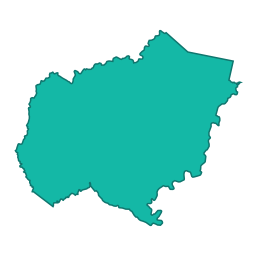 Pesé, Herrera, Panama
{"feature_id": "35544464B3990390948119", "entity_name": "Pesé", "entity_type": "district", "adm_level": 2, "iso_a3": "PAN", "parent_name": "Panama", "parent_adm1": "Herrera", "projection": "robinson", "projection_center": [-80.628, 7.893], "detail": "fine", "context": "isolated", "style": "filled", "palette": "teal", "viewbox_px": 256, "rotation_deg": 0, "n_neighbors": 0, "source": "geoboundaries", "source_scale": "gbopen_adm2", "svg_char_len": 5725}
<svg xmlns="http://www.w3.org/2000/svg" viewBox="0 0 256 256"><path d="M233.2,61.1L187.8,52.0L166.1,32.7L165.2,33.4L164.6,33.4L162.0,31.8L161.0,30.9L160.1,30.6L159.7,30.8L159.5,31.4L159.6,34.2L159.2,35.2L158.0,35.7L155.5,36.0L155.1,36.6L154.9,37.7L154.5,38.5L153.6,39.3L151.5,40.2L149.2,40.4L148.6,41.7L148.1,43.5L148.3,43.9L149.1,44.9L149.2,45.5L149.0,46.0L148.0,46.5L146.0,46.0L145.3,46.2L144.5,47.4L144.3,49.3L144.0,50.2L142.2,51.4L140.1,53.5L139.9,54.3L140.2,55.0L142.3,56.0L142.7,56.4L143.0,57.7L142.5,58.8L141.8,59.1L139.1,58.9L138.7,59.3L138.4,60.4L138.0,61.2L136.0,62.6L134.9,62.6L133.7,62.9L133.3,61.0L132.9,60.2L131.9,59.6L129.8,59.1L129.3,58.8L129.1,58.1L129.5,56.9L129.2,56.3L128.6,55.9L127.1,56.1L125.3,57.8L123.7,58.4L122.5,58.4L121.8,59.2L121.3,59.4L120.6,59.2L116.7,57.1L116.0,57.1L113.4,58.4L113.0,59.7L112.8,61.4L109.0,61.0L107.1,61.4L106.7,61.8L105.9,63.4L103.9,65.1L101.6,65.1L101.0,63.5L99.5,63.0L97.6,64.0L95.8,63.9L94.8,64.4L94.1,65.4L93.2,67.7L92.1,68.1L91.5,69.0L91.0,69.3L88.4,69.4L86.6,68.9L85.7,69.8L84.8,69.0L84.2,69.0L83.0,70.3L81.0,73.4L80.5,73.7L79.7,73.7L78.9,73.3L77.7,71.7L75.4,70.6L74.8,70.6L74.4,71.1L74.2,71.6L75.2,74.2L75.3,75.4L73.2,79.0L73.1,81.2L72.5,82.9L72.1,83.4L71.6,83.6L70.6,83.3L69.1,81.8L68.1,81.5L66.5,80.3L62.5,78.1L59.6,76.1L58.5,75.7L57.8,74.7L57.7,73.8L57.9,73.1L57.7,72.9L56.9,72.9L54.6,73.8L53.8,73.5L52.8,72.2L51.1,73.1L50.0,73.2L49.5,74.5L49.7,76.8L49.5,77.2L47.7,78.2L46.1,78.1L45.7,78.6L44.5,80.7L42.7,81.4L41.8,80.7L41.2,80.8L41.0,81.1L40.6,82.9L40.0,84.1L39.2,84.4L37.5,84.7L36.1,85.6L36.0,86.3L36.4,89.6L36.1,91.2L36.7,93.2L36.0,94.7L35.9,95.3L35.0,96.4L34.1,98.0L32.1,97.7L30.9,98.3L30.6,98.8L30.7,100.2L30.4,101.4L30.0,102.6L29.0,104.1L30.0,105.7L30.4,106.9L30.0,107.4L28.8,107.7L28.5,108.5L29.1,111.6L28.9,114.1L29.4,116.4L29.3,118.7L28.2,122.8L26.6,125.4L26.9,126.1L27.7,126.6L27.4,127.6L27.5,128.1L28.5,128.9L28.3,129.6L27.7,130.3L27.3,131.0L27.5,133.3L27.3,134.2L26.7,135.4L24.8,136.0L24.5,136.7L24.8,137.4L24.7,138.5L23.6,139.5L22.5,142.8L21.9,143.9L20.9,144.3L18.8,143.8L18.1,144.3L16.9,147.9L16.5,149.7L15.4,150.7L16.4,152.2L17.4,152.5L17.7,152.8L17.3,154.3L17.8,155.0L18.0,155.5L17.8,157.4L18.3,158.6L18.6,160.6L18.9,161.0L20.0,161.4L20.0,163.0L20.3,163.4L20.7,163.6L21.5,163.7L21.8,164.0L21.5,164.5L20.0,165.6L19.9,166.6L20.3,167.0L22.1,167.2L23.3,168.6L24.0,168.9L24.1,169.6L24.8,170.8L23.7,171.9L24.2,172.4L25.1,172.5L25.4,172.8L26.5,175.6L25.9,176.9L26.7,177.6L27.8,179.1L28.9,180.1L29.9,180.4L29.7,182.3L30.1,183.5L30.7,184.7L30.5,185.5L31.7,185.8L32.2,187.1L32.9,186.9L33.4,188.4L33.3,188.9L32.5,190.4L32.6,190.9L32.2,191.7L32.5,191.8L33.2,191.6L33.7,191.9L53.0,206.6L53.4,205.8L53.4,204.1L54.0,202.8L57.5,202.8L56.9,201.6L56.9,201.3L57.1,201.1L57.7,201.3L58.4,202.2L59.0,202.2L59.4,201.6L60.6,199.2L61.9,199.1L62.7,200.0L63.3,200.2L64.1,199.1L65.4,198.4L65.8,197.4L66.9,197.5L67.4,196.8L68.2,197.4L68.7,197.2L69.0,196.2L70.4,194.4L71.9,193.3L73.6,193.8L75.3,195.2L76.6,194.2L77.8,194.4L78.0,194.1L77.7,193.1L79.0,189.7L79.8,189.7L80.3,191.1L80.8,191.2L81.3,191.0L82.2,190.0L86.8,188.8L87.5,188.1L88.9,187.6L89.5,187.2L89.9,186.2L90.0,184.4L89.5,183.2L89.7,182.7L90.0,182.6L90.4,183.3L90.7,186.2L91.2,186.6L94.9,191.2L96.2,190.7L97.7,192.2L98.3,193.4L98.5,195.0L99.0,195.9L102.1,199.1L102.5,200.2L103.0,200.8L104.8,202.2L106.2,202.8L107.9,203.2L109.4,204.7L112.0,205.1L113.9,206.0L116.1,206.2L117.3,205.5L117.9,205.5L118.4,205.9L118.9,207.5L119.2,207.7L122.4,208.0L125.7,209.1L129.5,209.2L130.2,210.5L131.9,211.4L134.3,215.4L135.8,217.0L137.3,217.2L139.0,219.4L140.4,220.4L143.1,221.2L146.0,222.4L150.1,225.3L150.6,225.4L151.2,225.3L152.4,223.6L153.3,223.2L155.3,223.8L157.6,225.0L160.5,225.2L162.4,223.2L162.5,222.4L162.2,221.4L161.3,220.5L157.9,220.1L157.1,219.7L157.0,219.4L157.3,218.1L159.0,216.4L161.2,212.6L161.6,211.5L161.5,210.9L160.8,210.4L158.0,210.5L157.5,210.9L155.1,213.7L154.5,214.1L153.8,214.0L152.5,215.1L151.9,215.1L151.3,214.7L151.0,214.0L151.7,210.5L151.6,209.4L150.9,208.6L149.9,208.0L148.7,206.4L147.2,205.3L147.0,204.8L147.2,204.2L147.8,203.6L150.5,203.5L151.4,203.0L151.8,202.0L151.3,199.8L151.8,198.8L152.3,198.8L153.1,199.8L153.9,200.3L154.3,200.3L154.9,199.9L155.6,198.8L157.0,195.9L157.2,195.0L157.0,192.1L157.8,190.1L159.3,188.4L163.4,185.7L165.7,186.5L167.7,186.3L168.4,186.4L168.9,187.1L169.9,189.0L170.3,189.3L172.8,189.4L173.7,189.0L174.0,188.5L173.7,187.4L172.5,185.3L172.2,184.3L172.2,183.4L172.7,182.1L174.2,181.0L174.8,180.7L178.5,181.9L180.1,181.8L184.1,179.8L184.3,178.9L184.0,176.0L183.9,174.0L184.4,171.9L185.4,170.9L186.6,170.7L188.2,171.5L190.2,172.1L190.7,172.9L191.8,176.4L192.7,177.1L193.8,177.0L197.2,176.1L200.0,175.2L200.7,174.6L201.6,172.5L201.5,172.1L200.1,170.8L200.6,169.3L200.8,166.0L201.0,165.6L202.2,164.4L204.7,162.4L205.2,161.6L205.8,156.5L205.4,155.5L204.1,154.3L204.0,152.9L206.1,150.2L207.2,149.7L209.1,146.3L209.1,144.0L208.5,142.1L208.4,140.6L208.8,139.4L210.1,138.3L210.3,137.4L209.0,135.5L208.9,132.5L211.1,126.5L211.0,124.1L211.8,123.1L213.3,122.6L214.1,123.1L215.8,123.3L218.2,125.5L218.7,125.6L219.0,125.2L218.8,123.7L219.2,122.0L219.8,120.6L219.8,118.8L219.5,117.5L219.2,116.9L217.9,116.5L217.0,115.8L216.0,115.4L215.9,115.1L217.9,107.5L218.7,106.4L221.6,104.2L222.3,103.9L224.2,103.9L225.2,103.4L227.2,101.0L227.6,100.1L227.8,98.4L230.0,97.4L230.8,96.4L230.9,95.2L231.5,94.7L232.7,94.0L233.7,93.8L234.9,94.6L236.3,94.7L236.9,94.4L237.5,92.8L237.5,92.0L236.5,91.5L235.8,89.2L235.9,88.2L236.3,87.4L237.5,86.8L237.5,85.6L238.0,84.7L239.2,83.7L240.0,82.6L240.6,82.4L239.7,82.1L238.1,82.5L237.0,84.1L236.7,84.2L236.3,83.2L234.7,83.0L234.0,82.2L232.9,82.8L232.3,82.3L231.6,82.2L230.8,81.7L229.9,80.5L228.9,80.1L233.2,61.1Z" fill="#14b8a6" stroke="#0f766e" stroke-width="1.5"/></svg>